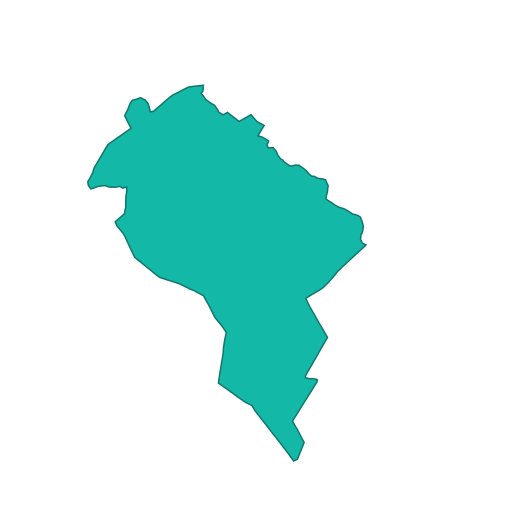 Kipkelion West, Rift Valley, Kenya (Albers equal-area conic projection), rotated 240°
{"feature_id": "3690345B22667939022422", "entity_name": "Kipkelion West", "entity_type": "district", "adm_level": 2, "iso_a3": "KEN", "parent_name": "Kenya", "parent_adm1": "Rift Valley", "projection": "albers", "projection_center": [35.383, -0.158], "detail": "fine", "context": "isolated", "style": "filled", "palette": "teal", "viewbox_px": 512, "rotation_deg": 240, "n_neighbors": 0, "source": "geoboundaries", "source_scale": "gbopen_adm2", "svg_char_len": 3475}
<svg xmlns="http://www.w3.org/2000/svg" viewBox="0 0 512 512"><g transform="rotate(240 256 256)"><path d="M315.5,150.2L309.5,152.6L303.7,154.8L300.1,156.2L294.9,158.2L289.0,160.4L285.6,161.9L282.1,165.0L279.2,167.6L278.1,168.7L276.9,169.8L271.1,175.1L268.0,177.3L265.5,178.9L260.0,182.6L256.5,185.4L255.3,186.0L251.7,188.3L247.9,190.7L241.2,190.5L236.9,190.5L223.2,189.7L211.5,191.6L204.6,192.0L198.6,186.6L191.9,181.3L190.6,180.5L189.3,179.7L186.4,177.5L180.0,172.2L175.5,168.5L170.2,164.2L164.7,159.9L153.3,165.2L150.6,166.3L149.5,166.9L147.4,167.8L146.1,168.4L144.2,169.2L143.3,169.6L142.0,170.2L139.2,171.5L134.7,173.6L128.4,177.8L122.9,177.7L119.3,178.2L117.7,178.4L116.1,178.7L111.9,179.2L110.4,179.5L108.8,179.7L104.2,180.4L100.8,180.8L99.4,181.0L98.0,181.2L93.9,181.7L89.6,182.4L79.3,183.8L71.0,184.9L65.0,185.6L59.6,186.1L59.6,187.1L59.5,188.1L59.3,190.2L62.2,194.0L64.9,197.4L67.7,201.0L70.5,204.5L75.3,204.6L84.3,205.0L94.7,205.0L97.8,210.7L99.6,214.2L102.9,220.3L104.8,223.8L105.5,225.1L106.9,227.9L109.2,232.2L112.0,237.6L113.9,241.0L115.5,244.1L116.6,246.0L117.9,247.2L119.2,246.7L119.9,245.6L120.7,244.6L121.4,243.8L122.1,242.7L122.7,241.3L123.8,240.2L124.7,239.1L125.8,238.1L126.9,238.4L128.0,239.8L129.5,242.4L130.8,244.5L132.0,246.7L134.3,250.7L135.3,252.3L137.4,256.0L139.7,259.9L142.9,265.3L145.0,269.0L147.3,273.0L149.7,277.2L160.2,277.2L165.9,277.1L174.2,277.2L179.7,277.2L185.4,277.2L186.6,277.3L189.6,277.5L194.5,278.0L194.6,281.8L194.7,287.1L194.7,292.9L194.9,296.9L195.1,298.4L196.1,302.5L196.5,304.0L197.0,305.7L198.7,310.9L200.4,315.5L201.3,317.7L201.9,319.1L202.8,323.1L203.6,326.0L203.9,327.3L204.1,328.6L205.2,333.0L205.8,335.5L206.1,337.0L207.4,342.9L207.7,344.4L208.1,346.0L208.9,349.7L210.0,354.4L210.6,356.8L214.1,354.5L218.0,354.8L222.1,357.7L222.7,359.3L225.0,361.5L228.2,363.9L232.9,365.2L237.3,365.9L240.5,364.3L244.3,360.5L249.1,358.1L252.7,356.0L256.8,352.2L260.5,349.9L264.1,348.3L265.2,347.7L269.1,345.6L270.4,345.1L272.7,346.8L274.4,348.5L275.9,350.0L277.6,351.2L278.6,351.9L280.7,353.6L284.6,353.9L287.1,354.4L289.2,352.5L292.5,348.3L296.1,346.1L297.1,344.2L300.7,342.9L304.7,342.2L307.9,341.0L309.2,340.4L311.8,339.2L312.9,338.9L315.1,335.5L316.3,331.1L318.7,329.6L319.6,329.2L321.4,328.4L322.7,327.7L324.1,327.3L325.6,327.2L327.9,325.8L332.3,325.3L336.6,325.9L341.3,325.0L343.6,320.5L346.1,321.0L347.2,321.8L349.2,324.4L353.3,322.4L356.0,320.7L359.1,317.8L365.0,328.3L372.0,324.0L380.9,322.3L381.0,308.6L394.6,303.1L394.7,298.1L399.3,295.6L401.0,295.8L402.8,295.8L407.1,295.5L410.5,293.5L412.1,292.7L413.4,292.2L416.9,290.6L421.1,290.5L424.3,289.7L425.1,292.1L427.0,293.8L429.4,295.0L430.2,295.8L432.3,291.0L433.7,287.7L434.4,286.2L435.0,284.7L435.9,282.2L436.2,281.0L436.2,279.7L436.5,275.8L436.6,271.3L437.0,264.9L436.7,261.2L435.6,255.1L434.4,249.3L433.6,244.9L432.6,239.7L433.6,236.5L438.4,238.0L442.2,238.8L446.6,238.0L449.0,236.3L450.8,235.3L451.9,229.4L452.2,228.2L452.7,227.0L451.2,223.4L447.0,218.2L443.2,212.4L429.1,211.6L426.6,183.7L424.9,180.4L413.3,160.0L411.0,157.5L409.8,156.2L408.8,154.8L406.3,150.9L404.5,147.5L401.0,146.1L396.7,146.4L395.8,150.5L395.2,154.1L393.7,157.8L392.1,161.0L390.8,161.7L389.2,163.3L387.9,165.2L387.2,166.4L386.1,168.3L385.6,169.3L384.3,173.1L381.4,174.5L380.4,178.4L376.9,176.6L372.8,173.3L369.0,170.8L363.2,167.4L358.3,163.0L357.1,156.7L356.0,151.2L351.5,150.6L346.9,151.4L341.7,152.3L337.9,152.3L334.2,151.8L315.5,150.2Z" fill="#14b8a6" stroke="#0f766e" stroke-width="1.5"/></g></svg>